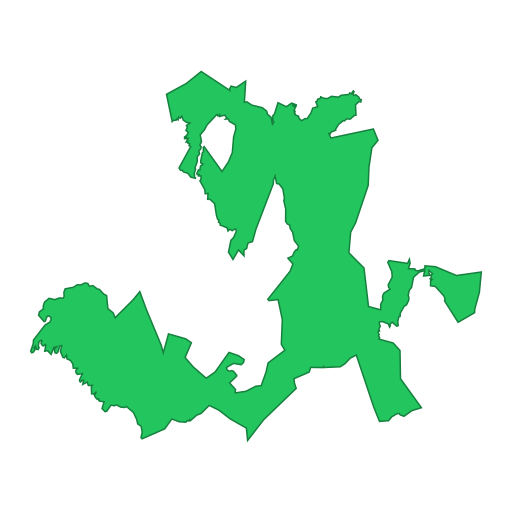 Miahuatlán de Porfirio Díaz, Oaxaca, Mexico (Equal Earth projection)
{"feature_id": "50627088B48092332426149", "entity_name": "Miahuatlán de Porfirio Díaz", "entity_type": "district", "adm_level": 2, "iso_a3": "MEX", "parent_name": "Mexico", "parent_adm1": "Oaxaca", "projection": "equal_earth", "projection_center": [-96.649, 16.361], "detail": "fine", "context": "isolated", "style": "filled", "palette": "green", "viewbox_px": 512, "rotation_deg": 0, "n_neighbors": 0, "source": "geoboundaries", "source_scale": "gbopen_adm2", "svg_char_len": 6010}
<svg xmlns="http://www.w3.org/2000/svg" viewBox="0 0 512 512"><path d="M201.2,71.5L186.3,83.5L166.5,94.3L172.2,121.6L173.1,120.5L176.2,120.1L176.7,119.0L178.1,119.9L178.6,117.0L180.2,118.2L181.8,116.2L183.3,120.1L186.3,122.3L189.9,123.0L186.4,125.5L187.3,127.4L185.9,130.5L188.2,132.2L186.8,135.4L184.5,137.0L184.6,138.7L185.9,138.5L186.2,136.9L186.9,138.7L188.1,138.5L186.2,142.0L187.9,141.5L187.8,143.0L189.7,143.9L189.0,145.5L190.7,146.6L179.0,168.0L180.6,170.4L182.4,170.3L183.4,171.9L187.9,173.3L190.8,177.2L196.1,178.4L194.6,177.4L194.4,172.9L195.6,169.1L195.0,167.8L197.3,161.5L197.2,156.9L199.6,153.8L198.8,150.9L200.5,149.3L201.2,146.7L199.8,145.1L201.5,141.8L200.2,134.8L204.2,130.2L207.1,124.9L216.8,114.5L218.0,116.0L219.6,114.6L219.6,116.5L224.7,115.1L226.8,117.9L225.5,119.1L228.2,118.9L229.5,121.5L235.4,124.9L235.8,129.2L233.6,136.9L232.3,152.6L228.4,161.9L222.0,171.5L204.1,146.6L203.2,147.7L203.5,151.5L202.4,152.8L200.8,160.4L200.7,162.8L203.0,164.1L200.5,166.1L199.8,170.2L198.4,170.0L196.8,173.6L197.3,174.7L199.1,174.6L198.6,176.0L201.1,176.0L200.9,179.4L199.9,180.8L204.7,189.4L205.2,193.8L208.0,193.4L207.6,199.9L208.3,198.7L210.7,199.9L214.6,203.7L216.4,215.1L217.6,219.2L218.9,220.3L218.5,222.1L220.3,223.5L220.2,225.1L227.0,227.7L228.0,231.0L229.9,229.2L232.2,230.7L235.0,228.9L236.1,229.5L236.2,231.6L233.6,237.5L230.9,240.3L228.5,252.2L233.0,259.5L238.5,250.0L244.0,255.8L243.9,250.0L246.6,248.6L248.0,243.0L252.5,241.6L255.9,229.3L273.3,183.8L273.5,180.1L275.1,176.0L276.6,183.5L279.2,184.1L282.8,188.8L284.4,198.0L283.8,200.7L285.7,208.9L285.6,221.4L287.4,224.0L289.7,225.2L290.1,228.3L292.6,232.1L294.3,240.5L298.6,246.3L297.3,249.9L296.3,249.6L294.5,251.5L292.5,256.0L287.9,258.2L292.9,264.0L290.1,271.2L267.8,299.3L269.0,300.6L278.1,299.6L282.3,319.7L281.3,344.3L284.9,350.2L268.1,362.9L266.0,372.2L261.2,385.7L255.9,386.2L245.9,391.3L235.7,392.8L235.1,392.3L235.6,389.6L229.6,382.9L236.7,376.1L236.7,375.2L233.6,371.4L231.8,370.6L229.3,371.3L226.9,369.7L226.5,367.5L233.5,363.4L241.2,364.7L243.5,362.5L244.2,359.6L238.5,355.7L229.0,352.4L215.1,372.0L206.2,378.2L193.3,367.0L185.1,357.5L191.4,342.7L185.7,338.8L168.5,333.9L163.3,352.7L161.2,345.2L146.4,309.6L139.8,291.6L133.1,299.8L115.2,317.7L113.1,312.8L107.9,308.6L106.6,295.6L103.8,294.1L99.3,289.3L97.5,289.1L92.9,285.6L89.4,286.3L87.8,283.4L84.7,283.0L81.1,284.9L77.2,284.8L73.4,287.3L65.2,288.8L63.9,292.2L64.1,296.6L63.1,298.2L59.5,297.9L54.8,299.6L49.1,298.3L44.6,302.0L43.3,305.7L43.3,308.9L39.4,311.9L38.6,315.3L44.1,321.6L45.3,321.2L46.9,316.8L48.3,315.8L50.9,317.3L51.0,319.8L49.8,322.1L45.0,325.1L33.5,340.0L33.2,343.9L30.7,350.9L31.5,352.7L33.0,352.5L34.8,350.2L34.9,348.7L34.0,347.9L35.5,346.1L36.4,349.2L38.2,349.6L39.1,347.5L38.3,345.9L39.0,341.8L40.9,340.3L42.0,340.8L41.0,343.2L42.4,345.6L43.6,345.9L45.2,344.5L45.8,345.2L44.7,351.2L47.5,350.7L51.1,354.4L53.9,347.3L56.7,346.7L54.3,349.4L55.0,352.8L56.5,353.3L57.7,352.4L60.1,345.6L61.8,345.6L60.4,351.5L62.9,357.3L64.4,357.9L66.5,355.2L67.0,358.9L70.5,360.5L72.8,363.9L73.3,368.2L77.5,368.2L75.9,370.5L75.8,372.2L77.3,374.4L82.4,373.6L79.5,379.9L79.7,381.4L80.6,382.0L82.2,380.3L83.7,380.3L82.7,384.4L87.3,382.1L88.3,385.5L92.3,385.3L91.3,386.9L91.6,393.9L93.9,394.0L96.5,391.6L94.4,395.5L95.9,398.0L97.1,399.2L98.7,398.9L98.5,400.1L99.7,401.2L104.1,401.8L102.0,408.5L105.1,411.7L106.8,411.2L111.0,405.1L114.3,405.8L116.5,404.9L120.6,407.1L124.9,407.5L126.5,406.5L133.5,412.6L136.7,419.5L137.7,423.9L141.1,426.2L142.2,432.1L141.0,437.6L142.1,438.8L164.8,428.8L171.8,419.0L179.3,421.8L185.9,422.2L187.3,420.6L189.0,421.1L189.6,419.6L190.5,420.6L196.7,415.2L201.2,413.4L209.2,405.4L219.1,410.3L230.2,418.9L246.4,428.1L247.6,440.5L263.6,419.8L296.2,388.4L294.4,382.9L294.0,378.7L309.2,372.1L310.7,367.4L323.5,367.6L323.4,365.8L323.8,367.5L340.2,366.8L345.0,363.7L350.2,358.2L356.3,355.0L373.7,407.0L379.5,421.4L388.6,420.7L391.8,416.8L396.6,413.9L399.2,413.5L400.2,414.9L404.0,416.3L412.0,410.6L421.4,407.7L400.5,378.7L400.0,350.5L393.2,343.0L379.0,339.1L379.6,337.5L378.5,336.1L379.2,334.6L378.1,332.5L378.3,331.1L379.5,331.1L378.9,328.9L380.3,326.2L379.2,323.5L379.5,321.9L382.5,321.6L388.4,324.0L389.6,327.1L390.4,325.7L390.0,324.3L392.1,322.2L396.8,326.2L398.2,325.6L397.8,321.4L398.9,316.6L400.1,316.5L400.2,313.3L404.2,306.2L406.5,304.9L408.7,300.3L408.9,297.3L408.2,295.6L409.3,290.2L411.5,287.6L413.6,277.1L419.5,272.0L424.7,270.6L423.6,276.0L430.4,275.3L428.7,272.8L429.0,270.4L432.5,273.7L431.2,275.2L431.1,278.6L430.2,278.7L430.5,279.6L432.0,279.5L430.6,281.1L430.5,285.8L435.4,286.5L443.8,295.9L445.0,298.5L444.6,301.0L458.1,322.3L474.6,312.7L474.8,308.9L479.4,292.3L481.3,272.0L456.5,275.5L435.5,266.7L425.0,265.8L424.8,268.7L417.9,270.9L415.2,270.3L414.9,268.9L408.4,268.7L410.1,263.3L409.4,259.3L407.6,263.4L388.9,260.6L387.8,262.3L391.8,271.7L392.2,277.2L388.2,284.7L388.5,287.1L390.0,289.2L384.0,293.0L383.2,294.5L382.5,296.9L382.9,300.2L380.7,304.1L380.7,309.8L368.5,306.5L364.0,268.0L348.9,252.8L350.7,232.1L355.6,222.8L368.2,185.4L369.0,166.9L371.9,147.8L378.0,140.3L373.4,129.0L330.9,138.0L328.9,133.6L330.3,133.8L331.0,132.2L335.8,130.2L335.6,129.2L338.6,124.4L343.2,120.7L344.5,120.9L346.6,118.9L350.3,119.1L354.2,115.5L356.0,115.3L355.5,104.8L359.1,101.5L360.8,102.0L361.3,99.7L359.4,98.9L358.9,97.2L355.8,94.7L353.5,95.4L353.0,94.0L354.1,91.7L353.3,90.9L351.2,93.8L349.8,92.9L348.8,94.5L341.3,95.2L338.4,97.1L331.5,96.3L327.6,98.5L324.6,98.4L320.9,97.2L321.0,96.1L320.1,98.5L317.6,99.2L317.2,101.0L315.8,101.8L317.7,106.6L312.7,108.2L311.0,112.9L307.2,118.6L305.1,118.6L301.5,120.7L298.6,117.8L298.7,116.3L294.7,114.6L295.1,113.3L294.3,112.5L295.1,111.3L294.0,110.6L295.5,107.1L292.1,105.1L296.1,106.1L296.2,104.8L291.7,103.1L286.3,106.7L278.0,102.7L274.4,114.2L272.9,115.5L272.7,119.4L273.8,122.3L272.6,123.4L272.6,125.2L271.1,117.3L267.5,114.3L266.7,111.2L262.4,107.7L251.8,105.1L246.8,101.8L244.4,102.3L245.7,81.1L236.2,87.5L231.1,86.1L229.5,89.1L229.8,90.4L201.2,71.5Z" fill="#22c55e" stroke="#15803d" stroke-width="1.5"/></svg>